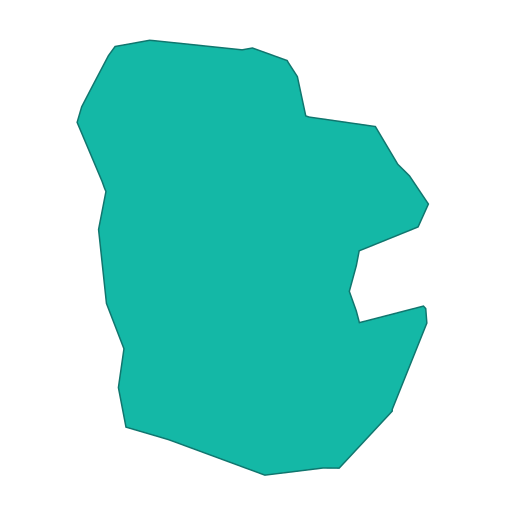 Esit Eket, Akwa Ibom, Nigeria, rotated 88°
{"feature_id": "59680162B89342314449475", "entity_name": "Esit Eket", "entity_type": "district", "adm_level": 2, "iso_a3": "NGA", "parent_name": "Nigeria", "parent_adm1": "Akwa Ibom", "projection": "robinson", "projection_center": [8.072, 4.644], "detail": "fine", "context": "isolated", "style": "filled", "palette": "teal", "viewbox_px": 512, "rotation_deg": 88, "n_neighbors": 0, "source": "geoboundaries", "source_scale": "gbopen_adm2", "svg_char_len": 682}
<svg xmlns="http://www.w3.org/2000/svg" viewBox="0 0 512 512"><g transform="rotate(88 256 256)"><path d="M422.5,391.9L436.4,350.0L475.3,254.8L470.2,196.5L470.8,182.0L470.9,180.3L415.8,125.3L414.0,125.2L329.0,87.6L314.5,88.2L311.9,90.4L326.2,155.0L314.4,157.7L294.6,164.0L292.4,163.3L269.2,156.1L254.4,152.7L232.6,93.0L210.1,81.9L181.3,99.8L169.3,111.1L130.8,132.2L119.0,198.1L117.7,201.4L78.2,208.4L63.8,217.0L61.8,218.0L48.0,252.3L49.5,262.7L37.1,351.4L36.7,354.8L41.7,389.5L50.5,396.4L81.3,414.0L100.8,425.0L116.2,430.1L176.1,407.2L183.0,405.0L186.3,403.7L224.0,412.4L298.2,407.1L344.1,391.2L382.7,398.1L422.5,391.9Z" fill="#14b8a6" stroke="#0f766e" stroke-width="1.5"/></g></svg>